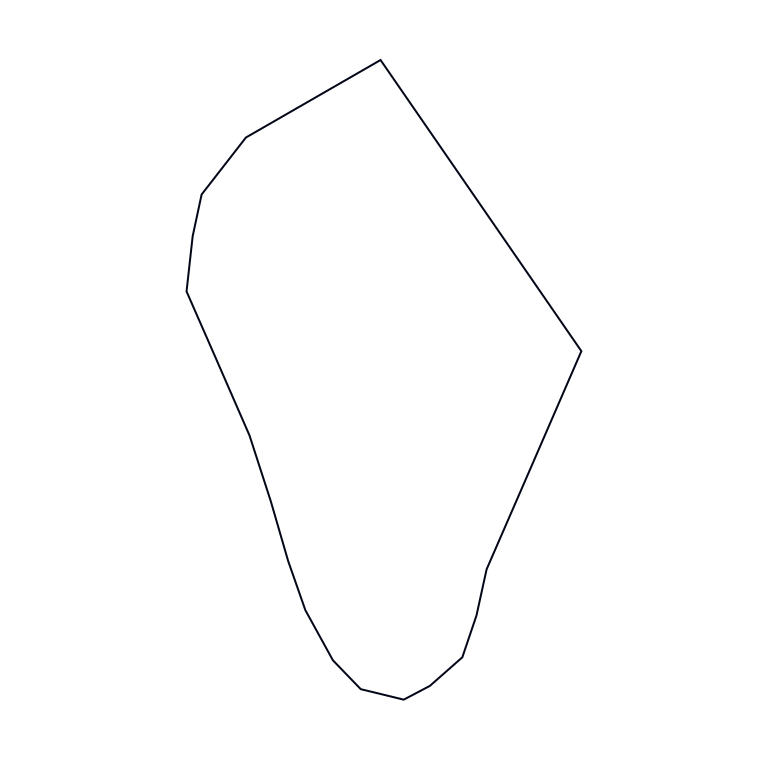 Bujumbura Mairie, Natural Earth projection, rotated 149°
{"feature_id": "BDI-3364", "entity_name": "Bujumbura Mairie", "entity_type": "Province", "adm_level": 1, "iso_a3": "BDI", "parent_name": "Burundi", "parent_adm1": "", "projection": "natural_earth1", "projection_center": [29.344, -3.441], "detail": "fine", "context": "isolated", "style": "outline", "palette": "ink", "viewbox_px": 768, "rotation_deg": 149, "n_neighbors": 0, "source": "natural_earth", "source_scale": "10m", "svg_char_len": 406}
<svg xmlns="http://www.w3.org/2000/svg" viewBox="0 0 768 768"><g transform="rotate(149 384 384)"><path d="M220.1,663.5L197.9,310.5L299.9,237.6L391.5,172.3L423.9,138.0L457.6,109.4L500.2,101.6L529.7,103.3L561.1,134.4L570.1,173.4L567.9,230.6L557.3,281.7L541.5,341.5L525.8,409.1L514.6,494.9L505.6,565.0L471.9,609.2L442.7,640.4L375.4,666.4L220.1,663.5Z" fill="none" stroke="#020617" stroke-width="2"/></g></svg>